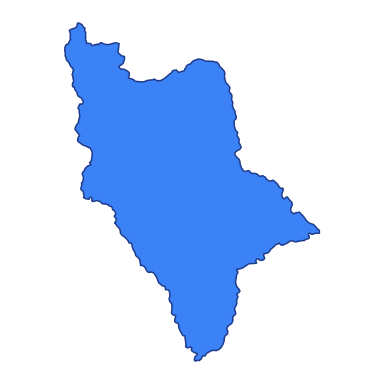 the district of Vilcas Huaman, Ayacucho, Peru
{"feature_id": "86281439B2883679079046", "entity_name": "Vilcas Huaman", "entity_type": "district", "adm_level": 2, "iso_a3": "PER", "parent_name": "Peru", "parent_adm1": "Ayacucho", "projection": "mercator", "projection_center": [-73.905, -13.674], "detail": "fine", "context": "isolated", "style": "filled", "palette": "blue", "viewbox_px": 384, "rotation_deg": 0, "n_neighbors": 0, "source": "geoboundaries", "source_scale": "gbopen_adm2", "svg_char_len": 5837}
<svg xmlns="http://www.w3.org/2000/svg" viewBox="0 0 384 384"><path d="M317.3,229.1L316.1,227.1L313.3,224.4L309.5,223.2L306.8,221.0L303.1,216.0L299.3,212.1L297.6,212.7L296.2,212.5L294.7,213.4L293.6,213.7L291.1,211.6L290.7,210.3L290.8,208.7L292.4,204.3L291.7,202.1L289.8,200.3L287.3,197.0L286.2,197.2L284.2,198.8L283.7,198.7L282.8,198.0L282.1,196.6L281.8,195.1L281.8,193.9L283.0,190.7L283.3,189.0L282.7,188.3L280.9,188.3L279.7,187.5L277.1,183.7L273.5,180.4L272.6,180.3L270.4,181.1L269.1,180.8L266.6,179.4L265.4,177.3L263.2,176.0L262.6,175.7L259.8,176.4L256.8,173.9L255.3,173.5L251.3,173.3L249.2,170.9L248.1,170.6L245.5,171.5L243.9,171.2L241.3,167.6L240.1,164.1L240.0,161.8L239.1,159.4L236.2,156.6L235.2,155.0L234.8,153.7L234.9,153.0L236.2,151.3L239.7,149.4L241.1,147.7L240.6,145.7L238.9,142.4L238.8,141.1L239.3,140.1L239.0,138.8L237.0,135.4L237.1,134.1L237.8,132.8L235.4,129.9L234.3,125.9L234.1,120.9L234.3,120.3L236.0,118.8L236.3,117.2L235.2,113.4L235.0,111.3L233.0,107.5L232.4,105.7L232.8,102.7L231.4,99.0L232.0,97.4L231.8,95.0L229.4,91.7L229.3,90.5L229.9,88.0L229.7,87.0L228.3,85.5L227.9,84.5L226.1,83.0L225.3,80.8L224.4,76.3L224.9,73.8L224.2,71.1L222.2,68.8L219.9,66.7L219.3,65.9L219.0,64.4L216.9,62.1L215.7,62.3L212.6,61.2L211.4,61.4L208.3,61.1L206.3,61.3L202.1,59.6L198.2,59.0L193.6,60.7L191.8,62.2L190.4,64.0L188.9,64.2L187.2,65.3L186.1,66.6L186.1,67.7L184.9,68.7L184.9,69.4L184.0,70.9L180.9,71.6L179.3,72.4L178.6,72.3L176.3,70.0L173.1,70.5L172.2,71.3L171.6,72.8L170.2,73.5L166.4,76.9L163.0,79.4L160.3,80.7L157.8,80.7L155.8,80.1L154.3,79.1L152.6,79.8L147.3,80.4L144.2,81.7L141.0,81.9L135.6,81.3L134.4,80.8L133.6,79.7L132.4,79.1L128.4,78.1L129.2,75.4L129.2,73.0L129.1,72.5L127.6,71.1L124.4,69.4L120.4,68.9L119.2,67.3L119.0,66.6L119.4,65.9L121.3,64.9L123.2,63.3L124.4,59.5L124.6,57.3L124.4,56.5L121.4,55.7L118.0,52.6L119.1,43.7L116.4,42.9L114.6,42.9L110.2,44.2L107.9,44.6L106.4,44.6L103.7,43.8L101.1,42.6L99.5,43.4L99.1,44.4L98.1,44.8L97.6,44.2L96.5,44.3L92.3,45.5L91.8,45.4L90.8,43.7L90.2,43.4L86.7,43.4L86.4,41.5L85.5,39.6L85.8,36.6L85.5,35.6L85.7,32.7L84.5,30.3L85.0,28.1L83.4,27.2L82.0,24.6L78.8,23.0L78.0,23.1L77.4,23.5L76.8,26.5L75.7,27.7L71.4,29.2L69.4,30.3L70.4,34.2L70.2,37.5L70.7,39.1L70.0,39.7L69.7,41.2L68.9,42.2L68.4,43.5L67.3,44.4L66.2,44.6L64.9,47.3L65.0,48.5L64.6,49.6L65.2,52.7L65.2,55.9L66.2,58.3L66.3,59.7L67.2,60.8L68.0,61.1L68.3,62.1L69.6,63.7L69.9,64.9L71.0,66.8L72.0,67.2L72.4,68.7L73.7,69.6L72.8,71.9L72.7,73.3L72.1,74.4L72.6,75.4L72.5,76.1L73.2,76.8L72.9,78.0L73.6,80.4L73.6,81.6L72.7,82.9L72.4,84.1L72.7,84.8L72.4,85.4L72.5,85.9L73.0,86.9L74.5,87.4L74.7,89.2L77.2,92.8L77.3,94.5L77.9,95.6L79.1,96.8L81.4,98.0L81.8,99.4L83.0,100.7L83.3,101.6L82.9,103.2L81.6,104.3L80.0,103.9L78.2,107.2L78.1,108.3L79.4,110.4L79.2,112.0L79.8,116.2L78.5,120.8L78.6,122.4L77.1,124.0L76.5,125.3L75.7,126.3L75.0,128.6L75.0,129.3L79.6,135.5L78.6,136.8L77.6,139.1L77.7,141.0L79.1,142.3L82.9,145.0L87.5,146.8L88.3,147.5L90.1,148.0L91.8,151.0L92.3,153.6L91.4,160.6L89.7,162.7L90.0,163.6L90.9,164.5L90.3,165.1L87.8,165.9L85.7,167.8L84.3,170.1L84.2,171.3L83.0,172.0L82.4,173.0L82.2,174.3L83.2,176.3L83.4,177.8L82.8,181.7L81.5,183.0L81.8,184.6L80.8,188.9L81.6,190.3L82.9,191.0L83.6,192.5L83.5,194.0L83.9,194.6L84.1,196.0L83.5,197.6L85.9,198.8L89.0,199.2L89.3,199.1L89.6,197.4L91.0,197.4L92.0,198.3L91.8,200.5L92.2,201.4L93.5,201.4L96.2,200.6L99.7,201.3L102.3,203.7L107.3,204.3L109.5,206.1L111.0,206.3L111.7,206.9L112.4,208.1L112.5,209.5L114.0,210.5L115.0,211.6L115.8,213.7L115.6,214.3L114.4,215.9L114.3,216.5L116.4,218.8L115.9,221.1L115.0,222.2L114.7,223.2L115.7,223.9L117.3,226.4L119.4,228.4L120.2,230.6L120.4,233.0L121.5,234.7L122.6,235.8L123.7,236.2L126.7,239.0L128.0,240.7L129.2,243.0L131.0,243.2L131.7,243.9L132.5,247.6L133.3,249.8L135.0,252.4L135.8,255.6L139.3,258.7L140.2,262.1L140.6,265.4L142.0,265.5L144.5,266.6L146.3,270.1L147.8,272.0L149.5,272.4L151.6,272.0L153.8,273.0L156.8,277.5L158.3,281.9L158.9,283.0L162.6,286.0L164.3,286.1L165.0,286.6L165.5,289.7L167.7,289.7L169.2,290.7L170.0,295.8L169.1,298.7L169.4,300.4L170.0,301.9L172.2,304.0L171.6,305.6L172.1,307.1L171.5,312.6L171.7,313.6L172.7,314.7L174.3,315.2L175.6,316.1L175.8,316.7L174.7,319.4L174.7,321.5L176.1,322.8L177.6,323.2L178.1,323.7L178.8,325.0L178.7,327.3L180.4,331.4L182.4,334.9L183.5,335.8L184.6,335.8L185.1,336.2L185.0,337.7L186.0,344.6L185.6,346.7L187.2,347.8L188.0,347.9L190.1,347.1L191.4,347.5L191.9,348.1L191.2,349.7L191.9,351.0L195.1,353.0L196.6,353.2L197.4,353.7L197.6,354.1L197.3,354.7L195.9,355.8L194.8,357.2L194.4,359.4L194.5,360.3L194.9,360.8L195.7,361.0L197.3,360.3L199.4,360.5L201.3,358.9L202.5,355.9L204.9,356.0L206.9,353.1L211.4,350.7L213.4,350.3L216.3,350.6L218.9,349.5L221.2,347.4L223.0,344.3L224.1,341.0L224.4,337.4L225.3,335.7L227.5,333.9L227.8,331.3L226.9,329.7L226.9,328.9L227.7,326.5L229.4,324.9L231.3,323.8L232.0,322.9L233.0,320.2L232.7,317.6L232.8,316.6L235.2,314.6L235.7,313.7L234.5,308.3L236.2,305.4L236.8,303.2L236.6,300.1L238.0,296.7L236.7,294.0L239.4,292.0L239.9,291.2L239.4,289.6L237.3,287.4L235.8,284.0L235.6,280.9L236.4,277.3L236.4,275.4L238.0,272.0L236.4,270.1L236.6,269.4L239.8,268.9L243.1,267.7L248.7,263.8L256.0,263.3L256.5,263.0L256.6,262.7L255.9,261.5L255.8,260.4L257.3,258.7L258.4,258.9L259.5,260.0L260.4,260.3L262.3,260.3L263.5,259.7L264.5,258.7L264.6,258.2L263.6,255.3L264.0,253.8L264.4,253.5L265.8,253.5L268.0,252.8L269.6,251.2L270.8,249.2L273.8,246.8L276.1,244.3L278.2,243.9L279.2,243.2L280.8,244.8L282.8,245.3L284.6,244.2L287.0,243.3L290.3,240.9L292.7,240.9L294.8,241.8L296.6,241.8L298.1,241.3L300.2,241.1L301.5,240.5L303.3,240.7L304.2,240.5L306.5,239.0L308.3,238.8L309.0,238.2L309.3,237.3L309.2,236.1L308.4,235.0L308.3,234.2L308.9,233.3L309.9,233.2L311.2,234.2L312.3,234.3L315.9,233.2L318.4,233.4L319.4,233.1L319.4,231.0L319.1,230.1L318.4,229.4L317.3,229.1Z" fill="#3b82f6" stroke="#1e3a8a" stroke-width="1.5"/></svg>